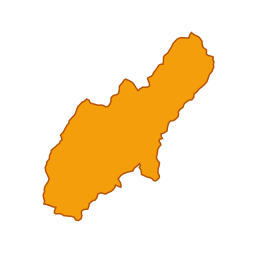 Guarantã, São Paulo, Brazil (Albers equal-area conic projection), rotated 348°
{"feature_id": "56859067B8052409163305", "entity_name": "Guarantã", "entity_type": "district", "adm_level": 2, "iso_a3": "BRA", "parent_name": "Brazil", "parent_adm1": "São Paulo", "projection": "albers", "projection_center": [-49.583, -21.913], "detail": "fine", "context": "isolated", "style": "filled", "palette": "amber", "viewbox_px": 256, "rotation_deg": 348, "n_neighbors": 0, "source": "geoboundaries", "source_scale": "gbopen_adm2", "svg_char_len": 3013}
<svg xmlns="http://www.w3.org/2000/svg" viewBox="0 0 256 256"><g transform="rotate(348 128 128)"><path d="M63.3,207.0L64.7,204.1L64.6,201.6L65.4,199.6L67.3,198.7L69.4,198.6L71.7,199.0L73.2,196.8L74.3,194.1L76.3,192.8L78.4,191.8L81.0,191.6L83.1,189.6L84.9,186.2L88.4,185.9L90.2,186.9L92.2,187.9L95.6,187.0L98.7,186.3L100.6,185.3L102.5,183.6L104.2,181.3L106.5,183.1L108.6,184.4L109.3,182.7L109.2,180.3L108.6,177.9L107.7,176.0L110.3,173.5L112.5,172.3L114.2,171.7L118.0,171.1L120.9,171.0L123.9,171.0L125.8,168.6L127.9,167.6L130.3,166.3L131.8,165.1L132.4,167.1L130.8,168.9L132.0,171.8L131.8,174.4L131.5,176.2L136.1,179.6L139.4,181.3L140.8,182.4L142.2,184.7L144.2,185.5L146.1,184.6L148.3,183.1L148.7,181.2L147.9,178.2L149.0,174.1L150.3,171.9L151.6,168.6L150.4,166.3L149.6,163.7L150.0,161.9L151.8,157.8L152.7,155.0L153.9,153.6L155.1,152.5L156.7,151.3L156.5,149.5L155.6,147.5L156.3,145.8L159.5,145.3L158.7,143.4L159.2,140.6L161.4,140.5L165.4,139.2L166.8,135.5L168.2,132.6L169.4,131.0L171.4,129.9L173.5,130.2L175.9,129.6L177.4,128.6L179.1,127.5L180.2,125.5L180.6,122.8L182.5,120.7L186.1,119.2L187.3,116.9L188.6,115.6L192.2,113.8L193.7,113.4L196.3,113.7L198.7,111.6L199.7,108.4L202.3,107.3L205.7,104.6L208.6,103.2L212.0,101.3L214.7,99.2L217.1,95.4L218.8,92.6L221.8,90.3L223.1,88.2L224.5,86.5L224.6,84.0L225.8,81.3L225.3,78.9L226.1,76.3L224.3,75.1L221.6,73.8L220.1,72.0L221.0,67.8L218.9,65.7L218.0,63.7L218.0,61.2L218.4,58.5L217.4,56.0L216.1,53.6L213.6,51.7L212.2,50.6L209.8,47.8L207.8,49.8L206.2,52.5L203.5,52.1L200.4,51.1L198.3,50.6L195.8,51.0L194.2,51.6L192.3,52.8L189.6,54.8L188.0,57.1L186.8,58.5L185.4,59.7L182.4,63.0L180.5,64.0L178.8,64.6L177.5,66.1L176.7,69.5L175.5,72.8L173.0,72.5L171.3,73.0L169.5,74.8L167.1,77.1L164.8,78.9L163.1,81.2L161.8,82.2L159.9,82.6L157.5,83.2L157.7,86.0L158.1,88.4L158.0,90.9L156.3,92.0L153.5,91.8L151.0,91.1L147.7,92.2L145.6,93.6L144.9,91.9L144.1,90.1L143.4,88.1L142.6,85.9L141.0,83.6L138.6,81.6L137.2,80.7L135.8,79.7L133.9,80.4L132.2,82.3L130.0,84.0L128.3,85.4L127.8,87.2L127.4,89.0L126.6,90.9L125.6,92.4L123.8,93.0L120.4,93.2L117.8,94.8L117.2,97.0L116.8,98.6L115.0,101.0L113.1,102.8L110.2,102.5L109.0,101.1L106.9,100.1L105.3,99.8L103.0,99.3L100.8,98.1L98.2,96.7L96.2,95.6L95.7,92.8L93.6,91.1L91.1,92.6L88.4,93.2L86.9,94.3L85.5,95.3L83.5,96.6L81.7,99.3L80.6,101.2L79.5,103.1L77.8,104.7L76.3,105.5L74.8,106.7L73.2,107.8L71.9,108.8L71.0,111.1L69.1,112.5L67.1,114.7L65.9,116.1L64.3,118.1L60.5,121.0L61.0,123.6L61.0,125.9L59.0,126.9L58.1,128.7L55.9,129.5L53.5,131.1L50.9,132.4L48.4,133.8L47.3,136.5L45.8,138.1L45.1,139.9L44.6,141.9L43.2,143.0L41.6,144.3L40.7,146.8L38.9,149.1L38.6,151.5L38.6,153.8L39.3,156.4L39.9,159.0L40.3,161.1L38.9,163.7L36.3,166.2L34.4,168.3L33.3,170.8L33.0,173.5L31.6,174.8L31.0,176.6L31.0,179.3L31.2,182.4L29.9,184.9L32.4,185.9L35.8,187.8L37.9,189.4L41.0,190.6L39.9,192.1L38.8,194.0L38.4,195.8L39.7,197.1L41.5,197.2L43.5,197.6L45.6,198.7L46.8,200.3L54.8,202.9L56.9,204.2L57.6,207.0L60.1,208.2L63.3,207.0Z" fill="#f59e0b" stroke="#b45309" stroke-width="1.5"/></g></svg>